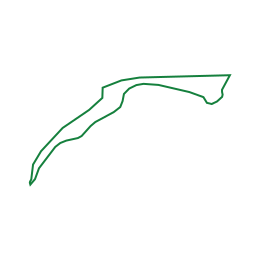 the border of North Abaco, rotated 312°
{"feature_id": "BHS-5014", "entity_name": "North Abaco", "entity_type": "District", "adm_level": 1, "iso_a3": "BHS", "parent_name": "The Bahamas", "parent_adm1": "", "projection": "natural_earth1", "projection_center": [-77.637, 26.808], "detail": "fine", "context": "isolated", "style": "outline", "palette": "green", "viewbox_px": 256, "rotation_deg": 312, "n_neighbors": 0, "source": "natural_earth", "source_scale": "10m", "svg_char_len": 612}
<svg xmlns="http://www.w3.org/2000/svg" viewBox="0 0 256 256"><g transform="rotate(312 128 128)"><path d="M219.3,172.3L217.7,173.8L216.1,176.0L214.1,177.1L207.2,176.4L201.8,174.1L199.5,169.8L201.4,163.4L195.8,149.6L180.4,121.8L171.2,110.0L165.5,105.5L158.1,102.5L150.6,102.2L144.3,106.0L138.4,108.2L130.4,106.8L110.5,99.7L104.4,98.9L91.0,98.9L87.0,97.5L77.4,90.6L71.5,87.7L65.3,86.6L38.5,88.8L27.8,93.1L20.6,93.3L21.6,91.7L22.6,91.1L25.1,90.5L37.3,81.9L52.6,78.9L84.3,79.4L115.4,87.0L133.2,88.8L141.0,82.2L159.0,91.3L173.3,102.9L235.4,168.4L219.3,172.3Z" fill="none" stroke="#15803d" stroke-width="2"/></g></svg>